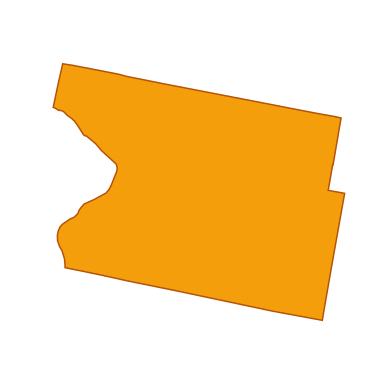 Madison, Illinois, United States of America (Equal Earth projection), rotated 11°
{"feature_id": "52423323B93298735954230", "entity_name": "Madison", "entity_type": "district", "adm_level": 2, "iso_a3": "USA", "parent_name": "United States of America", "parent_adm1": "Illinois", "projection": "equal_earth", "projection_center": [-90.091, 38.828], "detail": "fine", "context": "isolated", "style": "filled", "palette": "amber", "viewbox_px": 384, "rotation_deg": 11, "n_neighbors": 0, "source": "geoboundaries", "source_scale": "gbopen_adm2", "svg_char_len": 921}
<svg xmlns="http://www.w3.org/2000/svg" viewBox="0 0 384 384"><g transform="rotate(11 192 192)"><path d="M97.7,90.4L51.2,90.4L40.6,90.8L40.0,110.1L39.6,135.4L42.3,136.0L45.5,137.3L48.1,137.0L49.4,137.2L51.1,137.9L54.9,140.5L60.0,142.9L63.2,144.9L67.5,149.0L69.4,151.0L74.6,156.5L75.7,157.1L77.9,157.3L79.4,158.1L88.5,163.2L95.2,168.6L112.3,179.1L114.0,182.5L114.2,186.1L111.7,199.3L110.3,204.8L107.9,209.3L97.3,218.1L88.5,224.3L86.3,227.9L84.6,231.6L84.1,235.0L80.9,239.5L77.4,241.8L71.1,248.2L69.0,251.7L68.5,254.1L68.4,254.5L68.1,256.5L68.1,260.2L69.3,265.5L72.5,270.9L72.5,271.0L74.5,273.2L75.6,274.5L79.6,282.0L81.2,287.5L81.8,290.5L120.7,290.9L122.8,291.0L146.4,291.6L195.1,292.0L294.3,293.6L344.4,293.1L344.2,286.7L343.3,241.6L342.1,164.2L325.4,164.4L324.9,138.4L325.3,138.4L324.2,90.9L318.1,90.7L297.7,91.0L144.4,91.2L110.2,91.0L105.5,91.0L97.7,90.4Z" fill="#f59e0b" stroke="#b45309" stroke-width="1.5"/></g></svg>